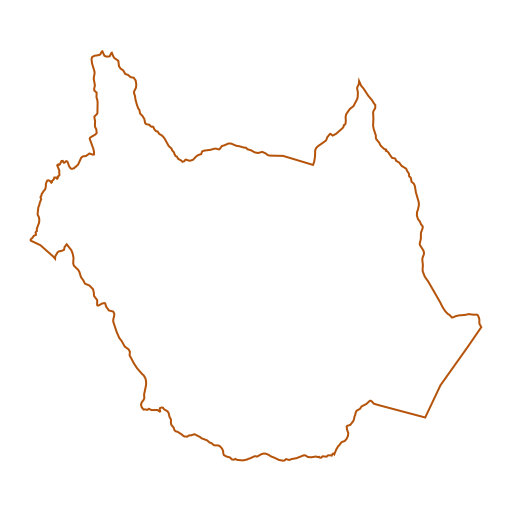 Chambo, Chimborazo, Ecuador (Equal Earth projection)
{"feature_id": "8360857B64832470835751", "entity_name": "Chambo", "entity_type": "district", "adm_level": 2, "iso_a3": "ECU", "parent_name": "Ecuador", "parent_adm1": "Chimborazo", "projection": "equal_earth", "projection_center": [-78.546, -1.744], "detail": "fine", "context": "isolated", "style": "outline", "palette": "amber", "viewbox_px": 512, "rotation_deg": 0, "n_neighbors": 0, "source": "geoboundaries", "source_scale": "gbopen_adm2", "svg_char_len": 5929}
<svg xmlns="http://www.w3.org/2000/svg" viewBox="0 0 512 512"><path d="M428.4,281.8L424.8,276.7L422.7,271.3L422.6,268.8L422.9,265.2L422.3,259.9L422.5,257.9L423.9,254.2L424.0,252.9L423.5,250.7L420.0,245.2L419.7,243.7L420.9,238.5L420.9,233.4L421.1,232.3L422.7,228.0L422.7,226.4L420.9,224.1L420.0,221.7L418.0,219.1L416.9,215.7L417.0,212.3L418.1,209.0L418.8,205.6L418.9,204.0L418.7,202.1L415.9,192.4L414.9,186.2L413.9,183.8L411.5,181.7L411.0,178.6L410.7,177.6L409.2,176.4L408.9,173.6L407.0,170.7L406.2,168.7L401.6,165.9L399.2,162.6L396.0,160.7L395.6,159.2L394.9,158.4L392.1,157.9L389.1,153.7L388.8,152.9L387.3,151.4L385.9,150.8L386.1,149.6L384.2,149.0L381.3,146.3L380.4,145.2L379.2,142.7L376.3,139.2L375.9,138.2L375.8,135.4L373.7,129.0L373.1,125.9L373.4,118.3L373.1,112.4L373.5,111.0L375.2,108.2L375.3,105.0L373.8,103.2L372.1,100.3L368.3,95.8L363.5,88.5L361.1,85.7L359.1,81.1L358.8,84.2L357.2,87.4L357.2,88.8L357.9,92.5L357.7,97.0L357.3,98.8L353.5,106.1L349.8,109.0L346.3,114.0L345.6,116.8L345.8,120.7L345.6,123.2L345.2,124.3L344.7,124.8L343.9,125.1L343.5,126.8L342.5,128.2L336.2,133.7L332.7,135.6L330.5,133.9L330.0,133.9L327.3,137.2L326.4,139.7L325.7,140.8L317.8,146.3L316.1,148.1L315.2,150.2L315.0,156.7L314.1,162.1L313.0,164.9L283.1,155.9L269.8,155.6L268.0,155.2L265.3,153.2L262.2,151.9L258.0,153.0L254.8,152.4L250.6,150.1L247.7,149.4L245.9,147.7L244.0,147.6L239.1,146.2L236.4,145.8L230.9,143.5L228.4,143.5L224.2,145.4L221.9,146.0L219.6,149.1L218.9,149.4L215.8,148.6L214.6,148.7L210.1,149.9L204.9,150.5L202.7,151.1L202.0,151.7L201.2,154.1L198.1,155.1L196.1,156.5L193.1,159.7L190.3,160.7L189.1,160.7L186.0,159.6L185.3,159.8L184.2,161.3L182.5,161.8L181.1,160.5L178.2,158.9L176.9,156.6L175.5,156.0L174.4,153.8L174.0,152.4L172.2,150.4L171.5,148.6L168.7,146.0L164.4,138.2L162.4,135.9L161.0,134.9L159.3,134.0L157.6,131.5L155.9,131.1L154.1,128.9L153.3,126.9L152.4,126.6L151.7,126.8L150.4,126.1L149.5,124.8L146.3,124.2L145.2,123.2L144.3,119.0L142.5,116.0L140.1,113.5L139.3,109.7L138.4,108.8L137.0,105.1L135.5,99.6L134.9,95.6L134.0,93.0L134.1,91.5L136.0,87.6L136.3,84.5L135.7,80.6L133.7,77.7L130.6,77.2L128.0,74.9L125.3,74.0L123.2,70.4L120.6,68.6L119.0,66.3L118.3,60.8L114.3,58.0L113.4,56.6L111.8,52.8L111.0,53.5L109.8,56.2L109.0,56.5L106.4,56.6L104.4,55.8L102.4,51.3L101.8,51.5L100.2,54.5L98.3,55.2L94.8,55.7L92.4,56.8L92.1,57.2L91.5,59.2L92.1,63.6L94.5,71.6L94.6,73.1L93.7,78.5L94.9,85.4L94.1,89.0L94.4,90.6L96.6,92.6L96.5,97.4L97.4,100.3L97.6,102.8L97.4,113.1L96.9,114.1L94.4,116.5L94.5,118.2L95.1,121.2L94.9,125.8L95.2,127.2L96.3,129.4L96.7,132.9L95.5,134.4L90.6,137.3L90.1,137.7L89.7,138.8L93.3,148.7L94.0,151.8L94.0,154.4L92.9,154.7L89.5,153.5L85.9,156.0L83.3,156.3L82.2,156.9L81.2,157.7L78.1,164.6L75.6,166.9L74.5,167.6L74.2,168.2L72.2,168.8L71.1,168.7L69.9,167.5L68.9,165.8L68.4,164.1L67.3,161.5L66.5,161.2L66.0,161.2L64.5,162.7L63.7,162.7L63.2,162.1L62.8,160.9L61.5,161.0L59.8,164.4L59.1,164.9L58.4,164.4L57.8,164.6L57.2,165.4L59.3,170.4L59.2,172.4L59.5,174.9L59.1,175.6L57.8,176.5L57.8,177.9L57.3,178.7L56.9,178.7L55.9,177.5L54.3,177.5L53.8,179.3L52.0,181.0L51.9,182.1L51.3,182.7L50.3,181.3L49.0,180.4L47.3,180.5L46.3,182.5L45.8,184.6L45.9,186.0L45.3,189.0L44.7,189.9L44.1,190.4L41.6,194.2L41.4,195.7L40.6,196.8L40.5,197.3L41.2,199.3L39.8,202.6L39.3,205.0L38.3,207.4L37.6,214.0L37.7,214.8L38.8,217.0L39.2,218.7L39.3,220.8L39.0,223.0L37.3,227.3L36.8,229.1L36.9,231.1L36.1,231.6L35.6,232.4L36.0,234.8L33.7,235.9L32.5,237.8L30.7,239.4L30.7,240.6L40.4,245.2L53.2,256.5L55.1,258.7L55.2,256.4L57.7,252.2L59.3,251.2L60.7,251.1L63.6,250.1L64.0,249.8L64.6,247.0L66.7,244.3L71.4,250.3L72.6,253.4L73.5,257.7L73.2,263.5L73.9,265.7L78.2,269.9L79.3,271.7L81.0,277.2L83.3,280.4L85.0,283.7L89.4,285.5L93.1,289.3L93.8,292.7L94.1,296.1L97.2,300.1L97.1,304.6L97.4,305.4L98.3,305.6L102.4,303.4L104.8,303.1L105.3,303.7L106.1,306.6L108.8,310.4L113.0,311.5L113.6,312.2L114.3,313.9L114.2,315.4L113.2,320.0L113.3,321.9L116.7,332.1L119.3,338.0L121.5,340.8L124.7,346.5L128.6,349.4L129.9,351.7L129.6,355.3L133.9,363.4L137.1,368.3L142.4,374.3L143.7,375.4L145.4,378.3L146.0,381.0L146.1,383.8L146.0,385.4L144.1,394.4L144.3,398.1L143.5,400.1L141.8,402.2L141.0,404.5L141.6,407.1L143.6,409.6L144.8,409.4L147.6,409.8L148.9,408.8L151.5,410.1L157.4,410.0L159.8,411.6L160.2,411.2L159.7,409.4L160.0,408.1L161.7,407.5L162.9,407.7L164.1,409.3L167.5,411.3L168.7,413.2L169.5,416.9L170.8,419.2L171.0,420.1L170.9,422.8L171.2,424.3L171.9,425.6L173.5,427.3L174.4,430.0L175.2,430.9L175.9,431.4L177.6,431.8L181.5,434.3L183.6,436.1L184.4,436.4L187.1,436.7L189.3,435.3L191.2,435.3L194.5,434.2L200.0,437.0L201.8,438.4L207.0,440.3L209.4,442.4L211.5,443.2L213.8,445.1L214.9,445.4L218.0,445.4L219.8,446.1L222.1,448.7L223.1,451.0L223.3,453.6L224.0,455.2L226.7,456.6L230.1,457.5L231.8,459.4L233.9,459.7L235.4,458.9L236.5,459.7L238.0,460.0L242.9,460.4L247.2,459.5L248.2,458.8L249.5,458.6L254.2,456.4L255.4,456.2L257.1,456.6L261.1,454.3L263.3,453.6L265.4,453.6L268.2,454.6L271.0,456.4L274.6,457.8L279.1,460.0L283.2,460.7L284.4,460.5L286.1,459.1L289.3,460.0L291.4,459.1L296.4,458.2L304.1,455.2L306.0,455.7L307.5,456.9L311.0,457.3L316.0,456.5L318.0,457.2L319.0,456.8L320.1,457.7L321.3,457.6L322.5,456.3L326.6,456.7L327.6,455.6L328.3,455.3L331.1,455.3L331.7,455.6L332.6,453.9L333.1,453.6L333.7,453.5L334.3,454.3L336.2,449.6L338.1,446.3L339.1,445.4L341.1,442.7L342.0,442.0L344.7,441.0L346.6,438.9L347.9,436.0L348.3,433.2L347.0,429.5L346.7,426.4L347.1,425.9L350.4,424.8L353.0,421.4L353.9,419.6L354.5,416.6L355.3,414.7L355.5,413.1L356.6,410.7L359.9,408.9L361.6,406.4L366.5,403.9L369.2,401.3L370.1,400.8L370.7,400.7L371.7,401.3L373.8,403.7L378.9,405.2L425.2,417.5L440.5,385.2L468.5,345.8L481.3,327.1L479.5,324.0L479.3,322.1L479.4,320.1L479.0,317.9L477.8,315.2L476.8,314.7L473.2,314.7L469.0,314.1L464.4,315.0L458.8,315.4L455.3,316.3L453.3,317.3L451.9,317.5L449.7,315.1L447.7,313.8L445.5,311.5L444.1,309.5L442.4,306.8L440.1,302.2L428.4,281.8Z" fill="none" stroke="#b45309" stroke-width="2"/></svg>